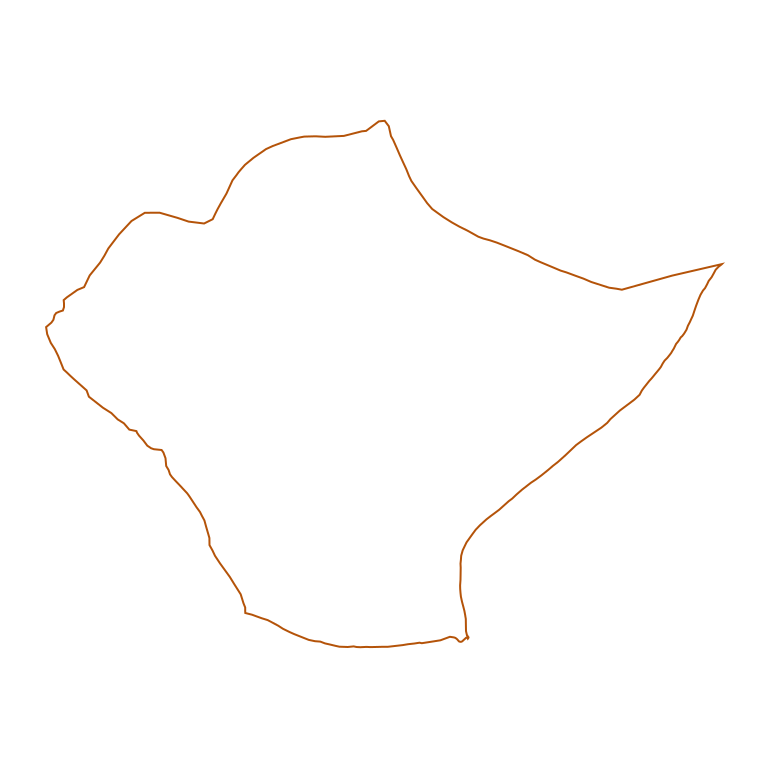 Champhone, Savannakhét, Laos
{"feature_id": "54806243B27710680023105", "entity_name": "Champhone", "entity_type": "district", "adm_level": 2, "iso_a3": "LAO", "parent_name": "Laos", "parent_adm1": "Savannakhét", "projection": "mercator", "projection_center": [105.234, 16.49], "detail": "fine", "context": "isolated", "style": "outline", "palette": "amber", "viewbox_px": 768, "rotation_deg": 0, "n_neighbors": 0, "source": "geoboundaries", "source_scale": "gbopen_adm2", "svg_char_len": 3617}
<svg xmlns="http://www.w3.org/2000/svg" viewBox="0 0 768 768"><path d="M299.9,137.4L290.9,139.2L272.8,146.0L266.0,149.1L253.5,157.8L245.0,164.8L241.2,169.1L238.5,172.3L236.5,175.1L232.5,180.3L226.5,193.5L220.8,203.3L217.5,209.3L215.3,213.7L212.7,219.2L204.1,223.5L188.6,221.6L177.6,217.9L165.8,214.5L159.9,212.8L159.6,212.7L144.8,212.8L131.5,221.0L119.1,234.3L108.3,248.5L104.4,255.7L100.1,262.6L89.7,275.4L84.1,287.1L77.4,289.9L66.8,297.4L63.7,300.1L64.0,303.5L64.0,307.1L62.9,310.5L59.5,311.6L56.2,313.0L54.5,315.3L53.4,319.8L51.4,322.6L46.1,327.1L47.2,334.2L50.8,342.9L54.8,349.1L58.1,355.8L60.9,362.7L63.6,369.5L66.9,372.5L70.3,375.8L74.0,379.2L86.6,390.4L88.9,396.7L95.9,402.2L102.9,407.7L111.4,413.1L117.7,419.4L123.9,423.3L129.3,429.6L136.4,431.1L137.0,432.7L139.0,435.6L143.4,440.5L147.3,445.7L149.9,447.4L151.0,448.2L153.8,449.2L161.6,450.0L163.4,452.5L165.5,458.2L166.2,466.0L168.6,470.0L170.0,474.3L172.0,477.1L176.0,481.4L178.7,484.2L187.1,493.2L188.3,494.8L189.7,496.8L196.5,507.2L200.0,512.0L202.0,516.0L204.4,520.4L206.1,526.6L208.4,534.5L209.4,538.0L209.5,545.1L212.5,550.5L215.0,555.8L220.1,563.5L229.8,576.9L234.1,583.9L240.7,594.3L243.5,603.3L245.2,607.5L245.2,611.4L245.3,613.0L252.0,614.7L255.0,615.8L255.5,616.0L261.9,618.3L267.7,620.1L278.2,625.7L283.0,628.8L289.5,632.0L294.2,634.1L304.0,638.0L308.8,639.9L315.0,641.2L320.3,641.6L325.0,643.4L329.9,644.5L335.7,645.9L339.4,646.7L345.2,646.9L347.7,647.0L353.7,646.4L356.5,647.0L360.4,647.2L366.4,646.9L370.6,647.1L382.5,646.8L387.8,646.8L402.7,645.1L408.1,644.2L414.5,643.5L419.5,642.7L421.8,643.2L429.6,642.0L440.4,640.3L449.9,636.8L453.2,637.3L453.9,637.4L455.4,637.9L456.2,638.5L457.3,639.4L458.1,640.4L459.0,641.4L460.2,641.8L461.1,641.8L462.3,641.3L463.2,640.4L464.2,639.5L465.3,638.5L465.8,638.0L466.2,637.7L466.9,637.6L467.4,638.0L467.8,638.7L468.5,637.7L468.4,637.1L467.7,636.4L467.4,635.6L467.0,635.5L466.0,631.1L465.9,625.6L465.8,618.9L465.3,616.0L465.3,615.8L465.1,614.7L464.4,610.9L463.3,606.6L462.0,601.7L460.9,596.6L460.5,592.9L460.2,589.1L460.1,585.4L460.5,579.8L460.7,567.7L460.5,563.6L460.9,559.9L461.2,555.7L462.7,550.3L466.5,542.4L472.3,534.3L475.7,529.7L479.9,525.3L486.4,519.4L490.5,516.2L494.3,513.4L499.1,509.8L508.7,501.2L512.2,498.6L516.5,494.5L522.0,489.7L531.0,482.7L535.7,479.6L541.5,475.3L548.2,469.9L552.6,466.1L558.0,461.9L565.7,455.0L576.2,445.0L581.2,441.3L586.7,437.4L601.4,427.6L607.2,422.9L610.5,419.0L615.6,414.4L619.9,410.5L634.4,399.6L639.6,394.8L641.8,390.6L643.9,387.7L647.0,383.8L649.2,381.0L651.5,378.5L653.0,376.7L655.1,374.1L657.2,371.6L659.4,368.9L660.9,366.9L662.7,363.5L664.6,360.6L667.3,357.9L669.6,355.0L671.2,352.9L672.4,350.8L673.8,348.6L676.1,343.9L677.8,341.9L679.3,339.8L680.1,338.4L680.8,337.3L682.2,336.1L684.1,333.6L686.5,329.7L687.9,325.8L689.9,322.0L691.1,319.3L692.8,315.7L694.6,310.2L696.1,305.8L698.4,299.7L700.5,294.8L703.0,290.5L705.0,288.2L707.1,284.3L708.7,280.9L711.6,277.2L713.5,273.8L715.7,269.7L718.7,266.6L721.7,264.3L721.9,264.1L672.2,275.6L621.9,289.7L616.4,288.7L609.1,287.7L591.3,282.0L583.4,278.6L575.6,275.8L570.2,273.8L566.4,272.4L560.6,270.6L553.5,267.6L540.6,262.2L535.0,259.7L527.9,255.2L518.0,251.0L504.2,245.5L496.8,242.6L489.9,240.3L483.5,238.6L478.3,236.7L474.4,234.5L467.4,230.6L459.5,226.7L452.0,222.5L443.4,217.1L436.2,211.9L432.2,209.0L427.2,203.2L423.2,197.6L416.5,188.3L411.4,181.0L409.1,176.2L406.3,169.2L403.0,162.1L399.8,155.1L396.7,147.9L393.1,139.8L391.0,136.2L388.8,126.2L384.7,120.8L378.8,121.4L373.6,125.3L366.1,130.9L361.9,131.3L343.9,135.9L325.3,136.8L315.5,136.3L304.2,136.6L299.9,137.4Z" fill="none" stroke="#b45309" stroke-width="2"/></svg>